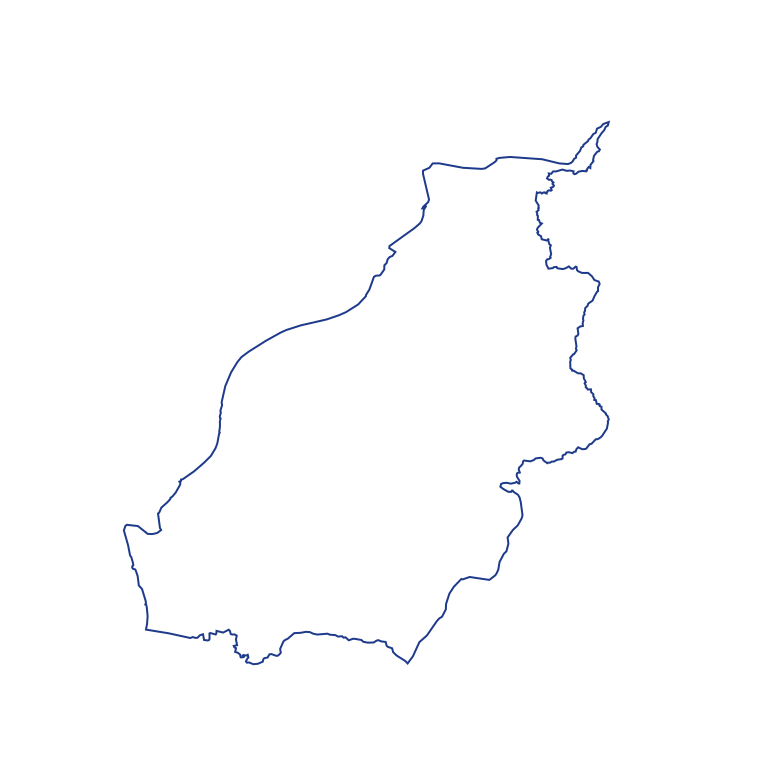 the district of Sambas, Kalimantan Barat, Indonesia, rotated 11°
{"feature_id": "22746128B87993072617697", "entity_name": "Sambas", "entity_type": "district", "adm_level": 2, "iso_a3": "IDN", "parent_name": "Indonesia", "parent_adm1": "Kalimantan Barat", "projection": "orthographic", "projection_center": [109.291, 1.523], "detail": "fine", "context": "isolated", "style": "outline", "palette": "blue", "viewbox_px": 768, "rotation_deg": 11, "n_neighbors": 0, "source": "geoboundaries", "source_scale": "gbopen_adm2", "svg_char_len": 6155}
<svg xmlns="http://www.w3.org/2000/svg" viewBox="0 0 768 768"><g transform="rotate(11 384 384)"><path d="M611.4,376.0L609.5,372.7L607.6,371.5L607.5,370.6L602.4,367.6L601.8,364.8L600.1,364.6L599.7,363.2L599.0,363.3L598.7,362.6L596.6,362.9L595.1,359.4L593.4,359.5L593.4,357.7L591.8,356.1L591.5,354.1L588.9,352.5L588.2,349.8L585.0,350.5L584.1,349.4L582.7,348.8L582.4,347.0L580.8,345.0L581.7,343.6L579.1,340.4L578.3,337.2L575.1,336.0L572.4,336.5L568.0,334.9L566.1,334.9L566.1,334.1L564.0,333.1L562.5,326.4L562.8,324.8L561.8,322.8L564.0,318.8L564.9,318.3L566.7,314.2L565.7,312.9L565.7,310.2L563.1,302.8L563.1,300.8L564.7,299.6L565.3,297.9L563.4,292.4L565.8,290.0L568.2,289.1L567.4,286.3L567.6,283.4L566.9,282.1L566.7,279.0L567.6,277.6L566.8,275.4L567.3,274.2L567.1,270.9L568.9,268.5L569.2,266.0L572.8,262.4L574.0,257.1L575.6,252.7L576.4,252.0L575.6,248.2L576.6,244.6L575.3,242.5L570.7,241.8L567.6,238.6L563.1,236.0L557.2,237.2L553.1,236.3L551.8,235.4L550.6,232.3L549.7,232.2L548.0,234.5L546.8,235.0L545.7,235.0L543.0,233.3L540.1,235.8L537.4,237.1L532.0,237.3L531.0,236.1L528.3,237.0L527.5,238.1L523.4,239.4L520.7,235.9L519.6,232.3L520.4,230.5L522.1,229.9L523.5,228.3L522.8,227.5L523.3,224.6L520.9,218.6L521.3,216.0L519.7,215.3L517.7,211.5L518.0,209.9L516.3,212.1L511.2,211.8L510.0,209.0L506.6,207.7L506.4,206.8L505.7,206.3L506.4,205.2L504.7,203.3L505.1,201.3L508.3,196.3L506.2,195.9L504.8,193.4L503.6,193.5L503.0,189.6L502.1,189.0L501.8,187.1L500.9,185.9L502.6,183.8L501.9,182.4L502.4,181.6L501.8,180.9L501.8,179.3L497.9,175.0L497.5,166.8L498.5,167.1L501.1,166.0L502.7,166.9L504.1,165.5L505.2,165.2L506.0,165.9L507.2,165.9L506.8,165.1L507.7,164.3L507.8,163.3L508.9,162.4L511.0,162.4L511.6,161.7L510.3,159.5L512.5,158.2L513.0,156.8L511.2,155.4L511.9,153.8L510.2,153.0L509.6,151.8L508.1,151.6L507.1,152.1L504.8,151.1L505.2,149.1L506.4,148.0L505.6,145.9L508.1,145.7L509.4,143.1L512.6,142.4L518.1,139.5L522.6,139.9L525.7,139.0L529.4,139.0L529.7,141.1L531.0,141.7L532.4,141.0L534.4,138.5L538.0,137.0L541.7,136.7L541.8,135.8L542.5,135.7L542.5,133.9L543.5,131.9L545.3,132.6L544.9,129.5L547.1,125.2L546.5,124.4L546.6,120.0L549.0,115.3L550.6,114.5L551.2,112.7L548.4,110.7L546.9,108.0L547.3,105.2L546.9,103.0L549.8,96.1L551.7,92.9L552.5,89.4L554.4,87.6L554.6,84.0L549.6,87.0L547.8,90.2L544.4,92.7L543.9,97.0L541.8,98.7L539.8,103.2L538.1,105.2L538.0,106.5L534.1,111.2L534.2,112.7L532.6,114.0L531.9,117.9L528.9,123.1L529.4,125.1L527.6,126.8L526.8,129.4L525.5,131.2L522.6,133.0L513.9,134.0L496.3,133.2L464.4,137.1L453.9,140.1L451.4,141.5L451.8,142.6L451.0,144.3L448.7,146.7L442.2,153.0L438.9,154.2L420.2,156.7L395.9,156.9L389.7,158.2L387.3,163.1L381.6,167.1L382.2,170.3L393.0,194.3L392.7,196.9L388.7,202.6L388.2,204.2L390.0,203.6L389.5,204.3L390.0,204.0L389.9,201.7L390.6,200.8L391.2,201.5L389.8,205.6L390.5,211.3L389.7,217.2L388.5,219.6L384.1,225.2L363.1,247.5L363.2,249.6L370.0,252.2L367.8,256.7L365.4,258.2L363.8,260.8L363.5,264.7L361.7,267.5L362.4,271.5L359.9,277.2L359.2,278.2L355.5,279.2L353.7,280.7L351.6,294.2L349.3,300.2L349.5,301.2L343.5,310.8L333.0,320.7L326.8,325.0L315.5,331.5L291.4,342.2L277.7,349.7L272.3,353.6L259.6,364.3L245.1,378.0L238.9,384.8L235.9,390.4L231.7,401.7L228.6,416.3L228.1,433.1L229.1,435.5L228.5,441.7L229.3,443.3L229.0,447.1L229.5,448.7L230.2,449.0L230.0,451.8L231.1,457.0L231.4,462.4L232.1,463.2L231.6,464.0L231.7,474.4L230.8,479.4L227.8,487.6L222.3,495.7L214.2,506.0L204.6,515.9L203.0,516.5L203.2,517.8L201.8,518.9L203.0,520.0L203.1,521.7L200.2,530.4L197.7,534.9L196.1,536.5L196.2,537.6L194.0,541.3L189.1,547.7L187.8,553.3L186.9,554.3L191.5,568.0L193.1,569.9L189.7,573.6L185.0,575.6L180.6,576.2L169.5,570.4L158.5,571.3L157.2,572.7L156.6,577.4L163.5,591.0L167.5,600.8L169.0,602.2L171.9,607.9L172.5,609.9L171.7,610.9L171.9,612.4L172.9,613.3L174.8,613.4L175.7,614.1L178.8,619.5L181.8,628.6L185.6,631.4L191.5,642.6L192.1,644.4L191.8,645.9L192.6,645.9L193.7,648.3L196.3,657.2L197.2,664.9L197.2,670.5L220.5,669.8L242.3,670.3L244.5,668.9L247.4,669.2L249.3,668.7L251.3,665.7L254.1,664.2L256.2,669.6L259.9,669.4L261.0,668.8L261.4,667.7L260.3,662.1L261.2,661.6L266.6,662.0L267.0,660.7L266.7,658.3L273.5,658.7L278.5,654.8L280.0,656.0L281.2,658.6L282.8,658.9L285.3,658.3L287.5,659.2L287.4,663.0L289.6,668.4L286.5,669.8L287.4,671.1L289.2,671.6L289.0,675.4L291.8,675.7L294.4,677.1L295.3,679.4L295.9,679.7L298.4,678.8L298.5,678.2L297.2,677.5L297.6,676.9L300.6,676.9L301.9,675.8L303.1,678.4L302.3,679.5L301.4,682.7L302.6,683.7L304.7,683.1L309.2,684.0L313.6,682.7L318.0,679.7L318.0,677.4L318.8,676.0L321.9,674.7L323.1,671.3L325.0,670.6L330.2,671.4L332.0,670.7L334.0,667.6L332.6,663.9L334.4,655.9L335.3,654.6L338.3,652.2L343.4,645.7L349.8,644.1L354.6,642.2L358.6,641.7L362.0,642.6L366.2,642.7L376.1,639.9L378.8,640.4L384.3,639.8L387.0,640.7L391.1,639.6L392.7,640.7L394.6,640.0L398.3,642.3L402.0,640.1L403.8,639.7L410.7,639.6L412.9,641.0L417.4,641.0L423.2,639.7L425.7,637.3L427.5,636.5L430.2,637.2L434.8,636.9L436.6,640.5L437.7,641.2L442.4,641.9L444.1,645.4L446.2,646.9L448.6,648.3L457.9,651.9L460.5,653.8L464.3,645.9L468.0,630.6L474.1,622.7L481.1,606.7L482.9,603.7L485.4,601.3L487.7,593.4L486.9,588.0L488.2,577.3L491.2,569.8L497.1,560.7L498.7,560.7L504.9,557.1L524.8,556.2L529.8,550.5L530.7,548.2L531.6,544.5L531.4,536.6L534.1,527.7L536.1,524.9L536.6,517.0L534.6,511.1L538.3,502.8L542.3,497.2L544.8,489.5L545.0,486.4L540.8,473.9L538.8,469.6L536.7,467.2L531.4,465.0L530.7,464.1L529.9,464.2L529.2,465.7L526.5,466.1L520.9,464.2L517.8,462.6L518.0,459.8L519.8,458.6L523.1,457.6L527.5,457.6L531.2,456.1L532.8,454.7L535.0,456.0L535.8,455.9L535.6,453.3L532.1,449.5L531.5,447.3L532.0,445.8L534.2,445.0L532.6,442.3L532.5,440.5L535.3,436.2L535.4,433.2L536.0,432.4L542.4,432.0L545.5,430.1L547.1,428.1L551.9,426.5L553.8,426.8L555.2,428.6L559.4,430.6L560.0,429.9L562.1,429.5L563.4,428.2L565.4,427.8L568.5,425.3L572.7,423.8L573.5,423.0L573.0,420.3L573.7,419.3L575.5,418.5L576.1,416.5L578.3,415.7L582.2,415.9L583.6,414.2L585.0,413.8L585.3,411.3L586.7,409.1L591.1,410.2L594.0,409.4L595.0,408.6L597.3,403.9L599.1,403.1L602.5,397.8L604.3,397.4L606.8,395.1L608.1,393.1L611.3,385.2L611.3,379.3L610.8,378.1L611.4,376.0Z" fill="none" stroke="#1e3a8a" stroke-width="2"/></g></svg>